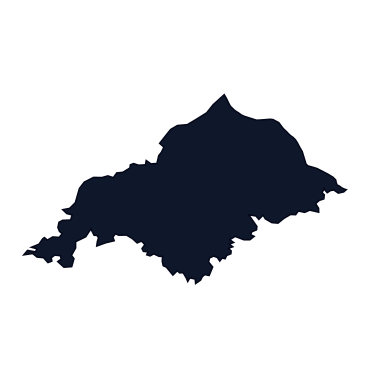 outline of Dehkanabad, Kashkadarya, Uzbekistan, rotated 193°
{"feature_id": "79887680B51602053820604", "entity_name": "Dehkanabad", "entity_type": "district", "adm_level": 2, "iso_a3": "UZB", "parent_name": "Uzbekistan", "parent_adm1": "Kashkadarya", "projection": "robinson", "projection_center": [66.692, 38.343], "detail": "fine", "context": "isolated", "style": "filled", "palette": "ink", "viewbox_px": 384, "rotation_deg": 193, "n_neighbors": 0, "source": "geoboundaries", "source_scale": "gbopen_adm2", "svg_char_len": 2497}
<svg xmlns="http://www.w3.org/2000/svg" viewBox="0 0 384 384"><g transform="rotate(193 192 192)"><path d="M156.5,114.5L155.0,123.6L160.1,127.5L160.1,131.7L156.5,134.4L152.6,133.9L149.4,130.9L147.8,134.4L144.7,134.4L144.0,137.9L140.2,140.6L140.6,143.4L143.8,145.3L139.9,147.8L144.0,149.6L140.0,152.2L144.5,154.0L139.9,158.4L130.7,157.1L124.8,158.5L121.4,162.8L125.1,163.5L124.8,166.7L120.6,169.6L121.0,173.0L131.5,182.5L124.3,183.0L120.7,180.3L117.5,185.4L114.5,182.3L107.3,180.1L101.2,181.0L96.5,187.0L91.0,192.2L85.9,193.2L84.1,197.4L77.6,197.5L73.2,200.8L64.0,200.8L65.0,204.6L68.9,208.5L66.0,212.5L62.0,214.9L62.4,219.0L65.0,220.5L64.2,224.7L60.1,221.7L57.3,224.6L54.2,225.8L49.2,223.8L44.2,226.2L42.2,229.0L44.2,229.1L46.4,229.6L47.9,230.1L49.9,231.0L52.2,231.5L53.6,233.6L54.7,236.1L57.9,238.1L63.7,240.0L75.4,243.0L81.1,243.4L84.9,243.5L87.3,245.0L90.2,250.1L93.7,256.2L96.9,259.6L100.2,263.4L102.9,266.1L105.7,267.9L108.4,269.0L110.7,270.2L113.0,271.8L116.8,274.0L118.3,275.1L123.0,279.1L126.8,280.1L129.3,280.8L132.1,280.5L141.7,277.5L145.3,276.5L158.0,277.5L161.3,278.2L165.0,279.8L166.7,280.3L168.0,280.8L169.7,281.6L174.0,284.3L176.3,286.9L179.4,290.8L182.5,294.1L191.0,281.9L195.5,272.5L204.8,263.2L211.7,256.6L221.2,253.5L226.9,248.1L231.5,238.5L234.5,232.1L229.5,229.4L230.8,223.7L232.6,220.0L232.6,211.9L238.3,210.2L243.7,212.4L243.5,208.0L250.1,206.1L255.3,206.6L258.2,204.6L257.9,201.4L263.9,195.6L269.6,193.7L271.9,188.3L277.6,188.8L283.1,185.8L291.2,184.1L299.2,177.4L302.5,170.1L303.3,155.3L307.6,148.5L314.0,145.7L309.1,142.8L303.6,142.7L304.0,137.4L311.7,135.3L314.8,132.6L314.7,127.3L312.2,123.7L309.1,122.3L311.2,117.9L317.6,116.9L322.1,112.6L325.5,114.4L326.9,112.9L329.4,106.7L336.1,102.0L330.4,101.8L331.0,98.5L339.1,98.1L341.8,92.9L333.4,96.2L328.3,93.7L321.9,94.6L316.5,90.8L313.0,93.1L314.4,96.3L311.5,99.6L306.0,100.3L304.3,97.2L307.2,94.0L299.9,89.9L292.4,92.2L292.0,100.5L295.2,103.1L292.8,111.3L294.2,117.4L285.5,124.4L282.2,133.2L277.7,127.8L274.9,128.3L272.8,126.4L273.1,122.3L272.7,117.9L264.5,123.2L256.8,127.0L258.9,130.2L257.3,134.0L253.6,133.4L246.1,135.3L239.4,133.1L234.0,130.0L230.2,132.8L226.1,130.2L228.0,125.6L226.0,123.2L221.4,123.7L222.0,120.6L218.5,120.3L215.3,123.1L209.7,121.9L206.2,122.5L205.4,117.8L203.5,113.7L200.0,113.0L191.9,106.7L188.5,112.1L186.1,110.4L182.4,111.3L178.3,107.0L176.0,103.8L174.8,107.8L169.3,107.9L167.9,103.6L163.8,108.1L162.9,111.9L160.9,114.4L156.5,114.5Z" fill="#0f172a" stroke="#020617" stroke-width="1.5"/></g></svg>